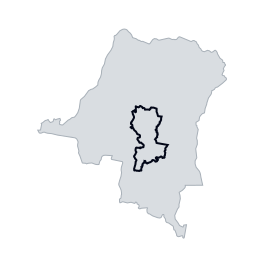 Kasaï-Oriental on a map of Democratic Republic of the Congo (Robinson projection), rotated 10°
{"feature_id": "COD-1896", "entity_name": "Kasaï-Oriental", "entity_type": "Province", "adm_level": 1, "iso_a3": "COD", "parent_name": "Democratic Republic of the Congo", "parent_adm1": "", "projection": "robinson", "projection_center": [23.978, -4.842], "detail": "fine", "context": "in_parent", "style": "outline", "palette": "ink", "viewbox_px": 256, "rotation_deg": 10, "n_neighbors": 0, "source": "natural_earth", "source_scale": "10m", "svg_char_len": 8961}
<svg xmlns="http://www.w3.org/2000/svg" viewBox="0 0 256 256"><g transform="rotate(10 128 128)"><path d="M211.5,171.4L194.3,174.5L194.6,175.6L194.5,176.7L194.0,177.6L192.3,180.0L189.7,182.3L189.6,182.8L190.9,185.3L191.8,188.6L191.5,194.6L191.9,196.2L191.8,197.5L190.9,198.9L189.2,206.0L190.3,209.5L193.7,212.7L195.7,215.1L199.0,216.0L199.5,215.9L199.8,213.9L202.4,213.1L202.4,225.9L202.2,226.6L201.7,226.8L201.0,226.4L200.8,225.1L200.1,224.6L196.9,226.2L196.0,226.2L195.1,225.9L194.5,225.2L194.3,224.3L192.0,220.5L190.9,220.3L189.6,216.9L184.5,214.5L182.5,214.3L181.5,213.5L180.5,210.9L178.8,209.2L178.4,207.3L178.1,207.0L177.0,207.4L176.1,210.4L175.0,211.1L172.9,211.2L167.6,210.3L163.9,208.8L162.9,208.9L161.4,207.5L160.8,205.2L161.1,203.4L160.8,203.2L155.1,204.7L153.7,205.6L152.4,205.3L152.0,204.9L152.6,203.6L152.3,202.3L151.9,201.7L150.2,201.2L149.6,199.8L148.6,199.6L148.2,199.8L148.0,200.8L147.4,201.1L143.9,200.6L140.4,201.9L135.6,201.5L133.3,203.0L133.0,203.0L132.5,202.2L132.0,199.8L132.3,199.1L133.0,198.7L133.2,197.7L133.0,195.2L133.2,194.6L132.9,193.1L132.2,190.8L131.2,189.0L129.1,186.1L128.6,184.8L128.8,181.7L129.5,176.7L129.4,173.0L128.5,170.5L128.3,167.9L128.9,163.3L128.3,162.1L117.4,161.8L117.0,161.4L116.8,160.8L117.3,158.0L110.6,158.7L108.7,159.2L107.4,160.4L107.0,161.8L107.0,163.8L106.0,165.7L105.7,169.0L103.9,169.4L102.0,169.4L98.5,168.7L95.1,169.6L93.4,170.5L92.5,170.1L89.4,170.4L89.0,170.2L85.4,163.7L83.8,161.5L83.5,160.5L83.7,159.5L83.2,158.1L81.6,154.8L81.3,153.3L81.3,150.8L81.1,150.0L79.6,147.9L78.7,147.3L77.6,146.9L59.8,147.2L53.9,146.8L49.6,147.1L47.4,146.9L46.8,146.6L44.9,147.0L43.9,147.9L42.3,148.4L41.4,148.2L39.5,145.8L42.0,145.3L42.2,145.1L42.3,139.3L41.7,138.5L43.0,137.6L45.2,135.0L47.3,134.1L47.6,133.6L48.0,133.6L48.8,134.7L50.6,136.1L52.9,134.8L53.1,134.5L53.4,132.0L54.0,131.8L54.9,132.4L55.5,132.4L56.5,131.6L59.3,130.4L60.2,132.0L59.4,133.4L59.8,134.4L59.8,136.0L60.3,136.4L62.6,136.5L63.3,136.2L67.8,130.5L69.0,129.8L70.9,127.6L73.4,126.6L74.5,124.8L75.9,121.6L76.6,117.0L76.3,109.1L76.6,108.1L79.6,104.5L82.7,98.1L84.8,96.4L86.4,95.7L88.9,93.3L90.8,90.9L90.5,88.1L91.0,85.7L92.1,82.7L92.4,79.5L92.1,76.1L92.2,73.4L93.7,69.0L93.8,64.0L95.1,59.7L97.7,54.4L98.9,50.4L98.7,46.4L99.1,43.5L98.9,41.8L98.4,40.3L98.7,39.4L99.7,39.0L100.9,37.5L103.1,33.7L105.5,31.8L107.1,31.2L108.8,31.2L110.0,31.6L111.8,33.1L113.9,34.3L115.4,35.8L116.9,38.2L120.6,38.7L122.2,39.5L123.2,39.9L123.5,39.6L124.3,39.8L126.0,40.5L127.4,40.1L134.2,41.6L135.0,40.9L136.9,36.8L138.4,35.4L140.7,35.3L142.5,36.1L143.5,36.1L151.9,32.6L153.0,32.4L156.0,33.2L158.0,32.7L158.8,32.9L160.5,32.3L161.9,29.8L163.1,29.2L175.1,31.9L176.9,30.6L177.8,30.4L180.5,31.4L181.3,32.9L182.9,34.1L184.1,36.3L185.9,37.4L186.8,38.6L187.8,39.4L190.0,39.6L192.8,37.7L194.8,37.9L196.7,39.0L197.4,38.9L198.9,37.8L199.7,36.6L200.5,36.3L201.6,36.9L202.6,38.0L203.4,39.6L206.4,43.2L209.4,44.8L210.1,47.0L211.1,46.8L211.7,47.0L212.4,48.4L213.0,48.7L213.1,49.3L212.3,50.6L211.6,53.1L212.6,54.7L211.8,57.0L211.4,59.3L212.4,59.9L213.6,59.8L214.7,61.1L215.6,61.3L216.5,62.6L216.3,63.6L213.4,67.4L209.1,72.1L207.7,72.7L206.9,73.5L206.4,74.9L205.1,76.1L204.1,76.5L204.1,79.9L202.6,83.4L202.1,84.1L201.3,89.8L201.4,90.8L200.6,95.4L200.7,99.8L198.6,101.1L197.2,103.3L196.6,104.7L196.6,108.3L194.2,110.4L194.0,110.9L194.6,113.4L195.5,113.8L195.5,114.6L197.4,117.3L197.3,125.5L197.4,126.3L198.4,128.3L199.1,132.0L198.3,136.7L200.9,145.4L199.8,148.6L200.3,151.6L201.9,154.8L205.5,157.9L206.5,159.2L207.4,161.0L208.3,163.7L211.5,171.4Z" fill="#d9dde1" stroke="#a8b0b8" stroke-width="1"/><path d="M149.7,103.5L152.8,104.0L152.9,104.3L153.2,106.3L153.3,107.0L153.5,107.3L154.3,108.6L155.2,110.5L155.5,110.9L155.6,111.1L155.8,111.1L159.1,110.9L159.0,111.8L158.9,112.4L159.0,112.8L159.0,113.5L159.2,114.2L159.2,114.3L158.8,115.4L158.8,115.8L158.5,116.3L158.4,116.5L158.4,117.1L158.5,117.3L158.4,117.5L158.2,117.4L158.2,117.5L158.3,117.7L158.3,117.9L158.3,118.1L158.3,118.4L158.0,118.8L157.9,119.0L157.8,119.4L157.7,119.5L157.3,119.6L157.3,120.4L157.3,120.5L157.0,120.6L156.9,120.7L156.8,121.0L156.7,121.1L156.6,121.3L156.3,121.5L156.1,121.6L156.3,122.0L156.3,122.4L156.1,122.4L156.1,122.5L156.1,122.9L156.3,123.6L156.3,123.9L156.0,124.3L155.8,124.7L155.7,124.8L155.8,125.1L156.1,125.3L155.9,125.4L156.0,125.5L156.4,125.5L156.5,125.6L156.4,125.7L156.4,125.9L156.6,126.4L156.8,126.2L156.9,126.6L157.2,126.9L157.2,127.4L157.5,127.7L157.8,127.6L157.9,127.8L158.0,128.2L158.1,128.4L158.1,128.6L158.0,128.8L158.3,129.0L158.2,129.3L158.2,129.8L158.3,129.9L158.3,130.1L158.1,130.5L158.0,131.4L158.3,131.9L158.2,132.1L157.8,132.4L157.5,133.0L157.4,133.2L157.2,133.3L157.0,133.5L156.8,134.0L157.0,134.4L156.9,134.5L157.1,134.6L157.3,135.2L157.6,135.5L157.8,135.6L158.0,136.0L158.3,136.7L158.7,137.7L158.9,137.7L159.2,137.8L170.0,137.8L169.8,138.2L169.4,139.5L168.6,140.7L168.4,141.2L168.3,141.8L168.3,142.1L168.7,142.8L168.8,143.1L168.7,143.3L168.3,143.8L168.2,144.2L168.1,144.5L168.3,145.0L168.9,145.6L169.0,145.8L169.0,146.2L169.0,147.5L169.1,148.5L168.8,149.2L168.7,149.4L168.8,149.7L169.0,150.2L169.1,150.5L169.0,150.8L168.8,151.0L168.6,151.1L168.1,151.0L167.9,151.0L167.7,151.1L167.4,151.4L167.3,151.5L167.1,151.5L167.0,151.4L166.9,150.9L166.7,150.7L165.9,150.4L165.5,150.3L165.3,150.4L164.2,151.5L163.6,151.7L163.0,152.0L162.8,152.0L161.8,151.8L161.3,151.8L161.1,151.8L160.8,152.1L160.6,152.5L160.8,153.0L161.5,153.8L161.8,154.0L162.8,153.9L162.9,154.0L163.0,154.1L163.0,154.3L162.7,154.5L162.5,154.9L162.5,155.1L162.3,155.7L162.2,155.8L161.2,156.3L160.8,156.3L160.2,155.7L159.5,155.4L158.8,155.3L158.4,155.2L157.8,155.3L157.5,155.5L157.4,155.8L157.3,156.1L157.3,156.4L157.3,156.5L157.2,156.6L155.9,157.8L155.7,157.9L155.1,158.1L154.4,158.7L154.3,158.8L153.8,158.8L153.6,158.9L153.3,159.4L153.1,159.6L152.8,159.6L152.3,159.4L151.2,158.8L151.0,158.6L151.1,158.2L151.0,157.9L150.9,157.7L150.6,157.5L150.4,157.6L150.2,157.6L150.3,157.8L150.3,158.1L150.1,158.1L150.0,158.3L150.3,158.6L150.2,158.7L150.2,158.8L150.3,158.8L150.2,159.1L150.2,159.3L149.6,159.5L149.4,159.6L149.4,159.8L149.0,160.5L148.7,160.8L148.6,161.0L148.7,161.7L148.6,161.9L148.5,162.1L148.8,162.4L148.9,162.6L148.8,162.8L148.7,162.9L148.6,163.9L148.5,164.0L148.4,164.2L148.3,164.4L148.2,164.4L148.3,164.6L148.2,164.8L148.2,166.5L148.4,167.1L148.5,167.4L148.5,167.5L148.4,167.6L147.8,167.5L147.5,167.6L147.3,167.8L147.0,168.2L146.8,168.3L146.7,168.3L146.4,168.1L145.9,168.4L144.9,168.4L144.6,168.4L144.2,168.6L143.7,168.5L143.2,168.4L142.7,168.4L142.4,168.3L142.2,168.3L142.0,168.6L141.7,168.7L141.4,168.4L141.3,167.7L141.1,167.2L141.4,164.2L141.6,162.8L141.6,162.2L141.5,161.4L141.6,160.9L141.4,160.3L141.4,159.9L141.9,158.6L141.9,158.4L141.8,158.1L141.5,157.7L141.2,157.5L140.8,157.3L140.4,157.0L140.2,156.8L139.8,156.0L139.6,155.8L139.1,155.4L139.0,155.2L138.9,154.7L139.0,154.3L139.6,153.1L139.8,152.6L139.9,152.3L140.0,151.4L140.2,150.9L140.4,150.6L140.4,150.4L140.4,150.2L139.8,149.6L139.6,149.4L139.4,149.0L139.3,148.7L139.2,148.1L139.2,146.7L139.4,146.1L139.6,145.9L139.8,145.8L140.0,145.8L141.0,145.8L142.2,145.6L142.5,145.5L143.1,145.2L143.2,145.6L143.3,145.8L143.6,145.8L143.8,145.7L144.0,145.5L144.3,145.1L144.5,145.0L145.1,144.7L145.8,144.3L146.3,144.3L146.5,144.1L146.5,142.3L146.3,142.0L146.0,141.7L145.6,141.5L144.8,141.0L144.0,140.7L143.8,140.6L143.7,140.5L143.6,140.2L143.3,140.1L142.3,140.4L142.1,140.5L141.8,140.4L141.1,139.4L140.1,138.4L139.4,137.7L139.2,137.5L139.2,137.3L139.2,136.8L139.2,136.4L139.4,136.0L139.6,135.8L140.9,135.4L141.1,135.3L141.3,135.0L141.3,134.5L141.1,133.4L140.9,133.1L140.7,132.9L140.4,132.8L139.8,132.7L139.2,132.5L138.5,132.5L138.2,132.4L137.5,131.4L136.6,130.3L136.1,129.9L134.9,129.3L134.2,128.7L134.0,128.4L133.8,128.1L133.1,127.2L132.3,127.3L132.1,127.5L131.7,127.6L131.3,127.3L131.2,127.2L130.5,126.9L130.5,126.7L130.9,126.4L131.2,126.3L131.7,126.3L132.0,126.3L132.1,126.2L132.2,125.8L131.7,124.4L131.6,124.1L131.4,123.9L130.6,123.7L130.4,123.6L130.2,123.3L130.1,122.8L130.1,122.0L130.1,121.8L130.6,121.4L130.7,121.1L130.9,120.2L131.4,119.3L132.1,116.9L132.1,116.7L132.0,116.2L131.9,115.9L131.8,115.6L130.6,113.8L130.4,113.6L130.3,113.4L130.1,112.8L130.0,112.1L129.9,111.8L129.4,111.4L129.6,111.2L130.0,110.5L130.7,110.1L131.1,109.8L131.3,109.4L131.6,109.2L131.9,109.2L132.0,109.4L132.1,109.8L132.0,110.5L132.2,111.0L132.3,111.1L132.5,111.2L132.9,110.9L133.0,110.8L133.0,110.4L132.4,108.1L132.3,107.0L132.2,106.6L131.9,105.6L131.9,105.4L132.0,105.3L132.9,105.6L133.4,105.7L134.9,105.8L135.0,105.7L135.3,105.5L135.9,104.4L136.1,104.2L136.3,104.2L136.7,104.2L137.4,104.7L137.9,104.7L138.4,105.0L138.7,105.3L139.0,105.8L139.6,105.5L140.2,105.5L140.5,105.6L140.9,105.8L141.1,106.2L141.5,106.9L141.6,107.0L142.1,106.8L144.6,106.3L145.1,106.3L145.8,106.4L146.0,106.4L146.1,106.2L146.0,105.8L146.1,105.7L146.3,105.5L146.7,105.3L146.9,105.0L146.9,104.2L147.0,104.0L147.2,103.8L147.5,103.7L148.8,103.7L149.0,103.6L149.7,103.5Z" fill="none" stroke="#020617" stroke-width="2"/></g></svg>